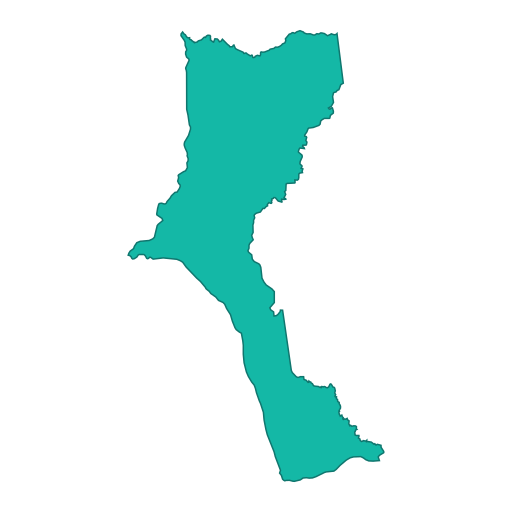 outline of Mera, Pastaza, Ecuador
{"feature_id": "8360857B12620262069407", "entity_name": "Mera", "entity_type": "district", "adm_level": 2, "iso_a3": "ECU", "parent_name": "Ecuador", "parent_adm1": "Pastaza", "projection": "orthographic", "projection_center": [-78.038, -1.449], "detail": "fine", "context": "isolated", "style": "filled", "palette": "teal", "viewbox_px": 512, "rotation_deg": 0, "n_neighbors": 0, "source": "geoboundaries", "source_scale": "gbopen_adm2", "svg_char_len": 6011}
<svg xmlns="http://www.w3.org/2000/svg" viewBox="0 0 512 512"><path d="M128.8,253.3L128.2,255.2L129.8,255.6L131.1,256.8L131.8,258.3L132.7,259.0L134.3,258.7L136.8,257.1L138.3,254.9L139.2,254.5L143.3,254.5L144.3,254.7L145.3,255.8L146.7,258.3L147.4,258.7L148.3,258.5L149.8,257.2L150.6,257.3L153.1,259.1L163.2,257.9L176.9,259.3L180.3,260.7L182.7,262.2L186.2,267.1L196.8,278.2L200.4,281.4L205.2,287.1L206.1,288.8L209.3,291.4L210.8,293.5L215.8,297.0L218.5,300.4L223.1,302.5L224.7,304.2L226.6,308.5L230.5,314.7L232.4,321.2L235.0,327.7L236.2,329.6L239.1,331.9L241.4,333.2L242.8,340.8L243.3,345.4L243.3,354.3L244.1,362.8L246.4,371.9L248.4,376.5L251.7,382.0L254.2,385.1L255.4,388.3L256.5,392.8L259.3,400.8L260.5,403.4L263.4,412.3L264.1,420.1L265.9,429.3L267.3,434.7L274.1,451.8L275.3,456.6L280.5,470.3L279.6,473.1L281.4,475.4L282.6,479.2L283.7,480.2L284.8,480.8L286.1,480.4L289.5,480.3L292.9,481.2L294.4,481.3L300.3,479.9L303.1,478.0L306.4,477.7L309.2,478.1L312.5,477.9L316.1,476.6L324.6,472.4L326.3,471.9L333.9,471.1L336.2,469.4L340.0,465.4L346.4,460.0L350.2,457.8L353.5,456.9L360.8,456.6L363.4,457.9L365.8,459.7L368.8,460.9L373.1,461.1L379.4,460.6L378.3,457.3L378.3,456.6L379.9,455.0L383.6,452.8L383.8,452.4L383.7,451.4L381.1,447.3L381.0,445.3L377.3,444.3L376.2,445.0L375.7,444.9L374.8,443.7L374.0,444.2L371.3,442.1L367.6,441.5L366.6,441.7L366.7,440.3L365.8,441.1L363.2,440.6L362.9,441.1L361.5,441.5L360.2,440.5L359.9,439.0L358.4,438.1L359.0,436.1L358.9,435.5L356.3,435.5L355.1,435.0L354.7,432.0L355.2,431.5L355.6,430.0L356.9,429.4L356.4,429.0L356.4,426.5L355.3,425.9L353.7,425.8L351.7,426.3L350.7,425.3L349.9,425.8L348.8,423.8L349.1,420.9L347.5,419.7L347.1,418.4L345.7,419.2L344.4,418.9L343.7,419.5L343.2,419.4L342.8,418.7L343.3,417.7L342.4,416.9L341.8,415.1L340.3,416.1L340.1,415.3L339.4,414.6L338.8,411.9L339.5,411.4L339.1,410.6L340.5,408.1L340.5,406.2L339.8,404.5L339.2,403.8L339.2,402.4L337.7,401.5L337.5,399.4L336.4,398.9L336.5,396.8L335.4,396.9L335.2,396.7L335.0,396.0L335.7,394.7L334.7,393.0L335.3,390.8L334.7,388.1L334.2,387.4L333.0,387.1L331.3,384.3L330.7,383.9L330.0,384.2L328.7,386.9L327.3,387.8L325.8,387.4L325.4,386.9L324.2,386.5L323.3,386.9L321.8,386.5L321.3,387.5L320.6,387.0L320.1,387.5L318.4,386.5L314.6,386.1L313.5,385.6L312.4,383.7L311.0,382.8L310.7,382.0L309.8,381.9L308.9,381.0L308.5,382.3L308.1,382.4L306.1,380.2L304.0,379.5L303.6,376.7L300.2,376.7L298.9,377.3L297.6,377.4L296.2,376.7L292.3,372.6L291.3,370.4L282.6,310.2L280.4,310.1L280.2,311.6L277.8,314.6L276.2,315.7L274.0,316.0L273.6,311.9L270.7,309.8L269.8,307.8L274.3,302.6L274.3,291.6L271.9,288.9L266.2,285.0L264.0,282.1L262.0,278.2L260.8,267.3L259.8,264.8L258.8,263.8L254.3,261.6L253.2,260.3L252.3,259.1L251.7,254.8L248.7,252.3L247.9,250.8L249.0,248.2L249.0,245.2L249.8,243.4L253.2,239.8L252.2,237.4L251.7,235.2L253.1,232.5L252.9,225.0L253.6,222.7L253.6,220.1L254.7,217.8L254.1,215.6L254.5,214.6L256.3,213.2L260.4,212.0L262.9,208.4L264.4,208.5L266.1,206.6L267.6,205.8L267.3,204.5L268.9,202.6L270.6,203.3L271.3,203.3L271.8,202.7L271.4,201.0L272.0,200.2L271.7,199.0L273.3,198.4L273.8,197.6L274.9,197.6L275.7,198.1L278.1,201.0L281.8,202.1L282.0,201.5L281.5,199.9L281.6,199.2L283.9,199.5L285.8,199.2L285.6,198.6L284.3,198.3L284.0,197.8L285.7,194.4L284.6,191.6L285.8,190.5L286.1,184.1L287.1,183.4L294.8,183.0L295.1,182.3L294.8,180.0L297.4,180.1L298.4,179.3L298.8,177.6L298.8,174.1L299.8,173.1L302.5,172.6L302.1,171.2L302.9,168.9L301.1,168.3L302.0,166.6L301.9,165.7L300.2,164.2L299.9,163.5L300.2,161.5L302.2,157.0L302.2,156.0L301.9,155.0L298.5,152.2L298.4,151.5L299.0,149.3L300.0,148.0L304.4,148.6L304.1,147.7L302.5,146.2L302.8,145.2L306.0,145.1L306.4,144.7L306.9,142.5L306.7,141.6L305.8,140.6L306.7,137.4L306.3,136.6L304.7,136.1L304.7,135.0L306.8,132.0L308.2,128.5L308.7,128.1L313.2,127.5L318.9,125.4L320.1,124.2L320.7,121.0L322.0,119.8L324.3,118.4L329.3,118.4L329.8,118.1L330.4,115.4L333.3,113.1L333.4,111.2L332.4,107.9L331.7,107.9L329.9,109.2L329.1,108.9L328.4,108.0L331.3,106.3L333.5,102.4L332.6,96.6L333.5,92.9L334.0,92.5L336.1,91.9L337.1,90.5L338.9,89.7L340.8,84.6L343.3,83.2L337.0,33.6L336.4,34.3L334.2,34.8L331.2,33.8L330.7,34.3L327.5,35.7L324.5,33.6L322.0,33.0L320.8,32.9L318.8,34.0L316.8,33.7L314.7,35.0L313.5,35.0L310.3,33.8L306.8,33.9L304.3,33.0L303.4,32.0L300.0,30.7L296.8,31.8L294.7,33.3L293.3,32.7L292.2,32.7L290.7,33.8L289.3,34.1L285.4,38.8L285.8,40.5L284.9,42.9L282.5,43.9L281.3,45.3L279.6,46.4L277.8,47.2L275.4,47.1L273.9,48.4L270.1,49.2L269.3,50.2L264.6,52.0L262.9,52.2L261.1,51.9L260.6,52.6L260.5,55.0L259.9,55.9L257.4,55.3L255.2,56.3L254.7,57.3L253.2,57.6L252.8,57.4L252.2,55.3L251.8,55.1L250.3,55.8L247.1,53.9L246.4,53.1L245.5,53.0L244.0,53.5L243.1,52.2L237.0,49.5L235.4,48.5L233.9,45.0L233.3,45.3L232.4,46.7L229.8,46.8L229.2,45.7L227.5,44.4L222.4,39.2L220.9,41.3L219.4,41.8L218.6,40.3L217.3,39.0L214.9,38.8L213.6,42.1L213.3,42.1L210.4,39.9L210.7,39.1L210.4,38.1L210.5,36.2L209.9,35.4L207.9,35.2L206.4,36.0L205.5,37.4L204.7,37.1L204.1,37.3L201.4,39.9L198.3,40.9L197.2,42.0L194.4,42.7L194.0,41.9L193.4,41.9L192.4,40.9L191.9,40.8L191.3,39.9L189.7,39.4L189.6,37.7L188.2,37.9L186.6,36.9L185.4,34.8L184.1,34.0L182.6,32.0L182.3,32.4L181.1,33.9L181.0,35.7L184.3,40.4L185.1,42.2L185.2,45.6L186.6,49.0L186.6,50.4L185.7,51.8L185.6,54.1L186.6,57.1L188.8,59.0L189.1,60.3L185.8,67.6L185.7,68.6L186.3,70.4L186.6,72.6L186.7,109.3L188.0,115.1L189.4,124.9L190.5,127.0L190.5,129.2L188.5,135.5L184.6,142.1L184.2,144.1L184.3,145.5L185.1,147.9L187.2,152.5L187.4,154.7L187.1,155.8L188.2,158.7L188.0,161.0L186.9,162.9L187.4,167.6L185.6,170.8L183.5,171.7L178.9,174.6L178.2,175.4L178.6,177.7L177.7,181.1L178.8,183.6L179.9,184.6L180.3,186.1L179.5,188.3L177.1,192.1L175.0,192.4L171.5,195.7L170.0,198.2L167.0,201.6L166.3,203.2L165.5,203.8L164.2,204.0L161.7,203.2L160.4,203.3L159.2,203.6L158.7,204.4L157.6,208.5L156.7,214.1L157.0,215.0L162.0,218.4L162.8,220.5L158.2,224.3L157.2,225.6L154.4,237.3L152.7,238.9L149.2,240.5L140.2,241.3L136.8,242.7L134.4,246.3L133.6,248.6L130.2,251.1L128.8,253.3Z" fill="#14b8a6" stroke="#0f766e" stroke-width="1.5"/></svg>